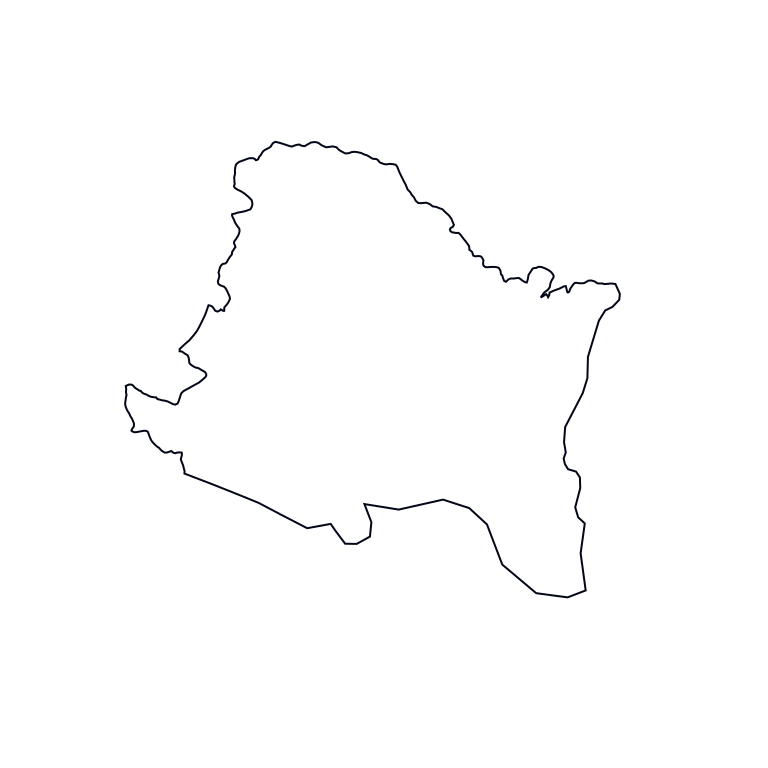 Tavush, Tavush, Armenia, rotated 249°
{"feature_id": "60910142B30577123692851", "entity_name": "Tavush", "entity_type": "district", "adm_level": 2, "iso_a3": "ARM", "parent_name": "Armenia", "parent_adm1": "Tavush", "projection": "equal_earth", "projection_center": [45.447, 40.841], "detail": "fine", "context": "isolated", "style": "outline", "palette": "ink", "viewbox_px": 768, "rotation_deg": 249, "n_neighbors": 0, "source": "geoboundaries", "source_scale": "gbopen_adm2", "svg_char_len": 5566}
<svg xmlns="http://www.w3.org/2000/svg" viewBox="0 0 768 768"><g transform="rotate(249 384 384)"><path d="M181.9,521.5L189.9,517.5L200.3,518.3L216.5,529.9L226.5,533.4L233.4,531.9L238.5,525.3L244.6,524.2L250.0,525.0L255.0,529.2L265.1,531.2L278.9,537.7L294.6,555.4L304.3,566.3L316.6,576.0L336.2,584.1L366.1,607.3L373.4,616.9L374.1,624.9L378.3,633.8L383.6,636.5L394.5,635.9L394.8,635.1L395.7,633.6L396.7,631.2L397.6,627.8L398.4,625.4L399.8,623.5L400.2,622.2L401.5,619.3L404.4,617.3L406.4,614.5L407.2,612.0L406.9,609.6L406.5,607.5L406.8,605.6L408.2,602.2L409.6,599.7L410.0,598.3L409.2,596.5L407.9,594.5L406.2,592.1L403.7,589.9L403.5,588.5L404.5,588.0L406.8,588.4L410.2,588.8L410.7,587.0L410.2,582.3L410.3,575.9L410.0,571.3L407.6,570.0L406.2,568.3L408.5,568.1L409.8,567.6L409.0,564.2L408.6,561.3L412.0,566.4L413.1,570.4L414.9,573.4L418.4,575.5L420.7,577.7L422.8,580.5L424.6,581.2L428.1,580.4L430.7,578.9L433.2,576.8L434.9,575.1L436.8,572.9L438.1,570.1L437.8,567.8L438.4,565.6L438.5,564.2L437.4,562.7L435.4,559.9L434.0,558.0L430.1,555.7L427.6,553.7L428.6,552.1L430.6,550.5L433.1,549.0L434.4,548.2L435.2,546.2L436.0,542.9L437.1,540.1L437.0,537.4L435.7,534.5L437.3,533.1L440.7,533.1L443.1,533.3L444.0,532.7L444.3,532.5L447.9,533.3L451.1,532.9L452.5,531.3L453.8,529.0L453.8,528.8L454.9,525.9L456.0,522.2L456.9,520.5L458.6,519.4L460.0,519.4L462.0,520.1L463.6,521.1L465.2,521.1L467.5,520.6L468.6,519.9L469.6,518.1L470.5,515.0L471.8,513.4L473.0,513.4L475.5,513.6L477.4,512.7L478.7,511.8L480.4,512.4L481.5,512.6L482.4,512.8L484.9,512.2L487.0,511.6L487.8,511.4L491.4,510.2L496.4,508.8L498.4,507.7L499.2,505.4L501.3,501.8L502.9,500.8L504.7,500.9L505.8,502.3L506.1,504.6L507.5,506.3L509.9,506.2L514.4,506.1L518.2,505.0L522.1,503.0L526.3,501.1L527.9,499.1L530.4,496.5L532.5,493.0L534.3,492.0L535.7,491.1L538.0,488.6L538.8,486.1L539.6,483.1L540.8,480.8L543.6,479.3L547.9,478.8L550.5,477.7L553.8,477.2L556.9,475.8L560.3,475.7L561.2,475.7L562.9,475.6L566.1,475.2L570.3,474.8L575.6,474.3L582.3,474.2L584.5,473.5L585.3,472.3L585.6,471.9L587.4,468.4L588.3,464.6L589.9,462.1L592.5,459.4L595.7,458.4L597.0,457.1L598.0,454.7L599.3,453.3L601.8,451.6L603.9,449.7L605.3,447.9L607.9,445.4L610.0,442.2L611.4,439.6L612.1,436.8L612.1,433.8L612.7,431.9L613.2,430.4L616.0,428.0L618.6,425.9L622.0,424.5L624.2,421.3L625.0,417.7L625.7,414.9L627.0,413.5L629.4,411.2L632.4,409.3L634.0,407.5L634.9,405.4L635.6,402.5L635.1,398.9L634.5,395.2L636.0,392.4L637.9,390.8L638.5,388.5L638.7,385.6L638.7,382.9L640.3,380.7L642.2,378.4L644.9,375.1L647.1,372.2L649.0,369.5L648.8,367.0L647.8,365.3L646.1,363.1L645.7,361.3L645.3,357.3L644.7,354.8L643.6,353.1L641.8,350.8L640.7,348.7L639.0,347.1L638.6,345.7L638.9,344.5L640.3,344.1L641.7,342.8L642.2,341.4L643.0,339.5L643.2,336.8L643.2,334.4L643.2,331.4L643.3,328.3L642.1,324.7L639.8,322.9L637.1,321.5L633.9,320.4L630.6,318.2L628.4,317.5L627.2,317.1L625.7,316.6L624.4,316.4L622.4,314.8L620.5,315.0L617.7,317.1L615.1,319.6L611.8,322.0L610.9,322.5L607.4,324.5L603.5,326.2L601.8,326.2L599.3,325.7L597.3,324.5L595.0,322.0L595.0,319.5L595.1,316.8L595.5,313.6L596.5,308.5L596.5,306.9L596.5,305.9L597.0,303.2L595.8,302.5L593.8,302.5L591.5,302.8L588.3,302.8L584.7,303.5L580.9,304.6L578.6,304.0L576.5,302.6L574.5,300.7L573.3,299.0L572.3,297.8L572.0,297.4L571.2,295.8L570.4,295.1L570.2,294.9L569.1,294.4L566.7,294.5L564.9,294.3L564.3,293.0L563.0,291.4L561.8,289.6L559.5,288.4L557.9,285.7L555.4,282.3L554.0,280.8L553.4,279.0L553.9,276.4L553.0,274.3L552.5,273.7L551.4,272.5L549.0,270.7L547.3,269.5L543.8,269.0L541.6,267.4L539.2,265.6L536.8,265.3L534.9,266.4L532.2,269.5L530.0,270.5L526.4,270.9L522.9,271.1L521.4,271.2L518.8,270.8L517.0,269.1L514.9,266.4L513.6,264.1L512.8,262.4L509.6,261.1L510.0,259.9L511.2,259.2L512.2,258.2L511.4,256.9L511.3,254.5L512.9,252.7L515.5,252.1L517.6,251.5L519.0,250.4L520.4,248.4L519.4,247.5L517.4,245.9L512.8,241.9L508.4,237.3L503.4,231.8L500.5,228.3L498.0,224.3L494.5,217.8L493.2,214.1L492.7,212.7L489.9,205.8L487.8,204.9L486.7,207.0L483.7,209.0L481.2,211.0L478.1,211.0L473.2,209.8L470.9,210.8L467.4,213.4L465.2,216.5L462.5,218.6L459.4,221.2L457.0,221.6L455.4,221.0L454.3,219.4L452.9,215.7L451.6,211.6L450.9,206.2L450.0,200.1L449.6,196.7L449.1,193.8L447.8,191.2L445.7,189.5L441.8,186.4L439.7,184.3L439.6,181.6L441.0,179.6L443.2,177.7L445.3,175.7L447.2,173.1L448.2,171.1L449.4,169.6L451.1,167.1L453.1,166.5L454.1,164.4L456.0,161.3L457.5,159.9L459.1,158.7L460.7,156.7L462.1,155.5L463.1,154.9L464.5,154.6L465.4,153.3L466.7,152.4L468.4,151.1L469.7,150.2L471.2,149.6L472.5,149.2L473.9,148.1L474.2,147.3L474.9,145.7L474.7,142.2L473.6,142.0L471.5,141.5L469.9,140.6L468.4,140.1L465.8,139.6L464.3,138.5L461.4,136.9L458.5,135.3L455.7,134.7L452.9,134.7L450.3,135.0L448.3,135.5L444.7,135.7L442.0,136.3L441.5,136.3L439.1,136.4L436.7,136.4L436.0,136.1L434.0,135.2L432.1,132.4L430.9,131.5L429.4,132.5L428.2,134.1L427.7,136.1L427.2,138.9L426.4,142.9L425.6,145.0L424.3,146.3L422.0,146.4L419.2,146.3L415.6,146.4L412.9,147.0L409.7,148.3L406.9,149.7L405.0,151.1L401.8,152.3L398.7,154.5L397.8,156.9L397.7,159.4L397.7,161.4L395.2,162.8L394.1,164.5L394.2,165.8L393.6,168.2L392.5,170.5L391.1,170.3L389.4,169.4L387.3,167.8L386.2,167.3L383.8,167.2L379.9,167.3L376.3,166.8L374.0,166.6L372.6,165.9L371.9,165.6L350.1,189.8L332.9,208.4L321.2,220.9L318.0,224.3L309.9,231.4L298.6,241.3L276.9,260.6L272.5,284.1L263.9,286.2L248.8,290.5L244.5,301.2L246.6,316.2L259.5,322.7L278.9,322.7L261.5,352.7L254.9,397.7L237.6,419.1L216.0,429.8L173.0,429.7L134.2,451.1L124.0,469.7L119.0,479.0L119.0,498.3L127.9,500.4L155.5,506.9L181.9,521.5Z" fill="none" stroke="#020617" stroke-width="2"/></g></svg>